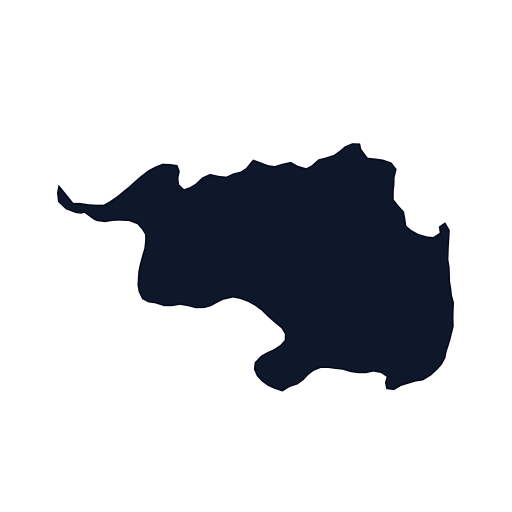 VI-1 East Berbice/W.Canje, East Berbice-Corentyne, Guyana (Robinson projection), rotated 280°
{"feature_id": "73187651B47242148474539", "entity_name": "VI-1 East Berbice/W.Canje", "entity_type": "district", "adm_level": 2, "iso_a3": "GUY", "parent_name": "Guyana", "parent_adm1": "East Berbice-Corentyne", "projection": "robinson", "projection_center": [-57.533, 6.069], "detail": "fine", "context": "isolated", "style": "filled", "palette": "ink", "viewbox_px": 512, "rotation_deg": 280, "n_neighbors": 0, "source": "geoboundaries", "source_scale": "gbopen_adm2", "svg_char_len": 2161}
<svg xmlns="http://www.w3.org/2000/svg" viewBox="0 0 512 512"><g transform="rotate(280 256 256)"><path d="M215.3,461.8L221.1,462.2L229.1,460.5L237.1,459.3L244.2,458.4L250.9,455.2L257.7,453.2L264.6,450.8L270.9,449.5L278.4,447.9L285.9,445.3L297.6,443.7L314.7,441.7L321.0,436.4L316.5,431.8L310.5,433.7L304.8,427.6L304.2,420.9L305.3,411.7L307.8,404.2L311.4,398.2L318.7,395.8L324.9,393.5L329.5,387.5L335.2,381.1L343.6,379.7L350.5,379.2L357.5,378.1L365.6,378.7L371.0,372.7L372.3,363.9L372.0,356.4L371.4,348.7L376.8,343.0L379.2,340.5L384.1,338.5L383.1,331.6L379.1,325.2L373.6,320.6L368.5,315.6L364.2,307.3L361.4,301.1L354.4,295.6L350.4,290.5L351.4,281.3L354.0,274.0L350.5,265.6L347.1,259.2L346.8,252.4L348.1,245.5L349.7,236.7L340.2,231.4L335.9,226.7L332.7,219.6L328.3,213.3L327.7,205.3L328.1,196.7L323.5,189.9L316.1,184.4L311.8,179.5L308.4,173.5L312.9,167.0L319.4,165.3L326.0,165.5L331.2,162.4L330.9,155.3L330.0,148.3L326.1,141.9L321.1,135.5L314.1,129.1L307.1,123.4L301.9,119.5L297.2,115.3L290.9,110.0L283.9,102.9L279.4,97.4L278.1,90.3L277.2,82.4L277.0,73.6L275.8,66.6L290.4,49.9L283.5,49.8L275.3,52.4L269.7,60.8L267.7,71.3L268.0,76.3L269.6,79.3L264.1,90.6L263.5,93.6L263.8,101.1L266.4,108.6L267.8,115.1L269.1,124.9L267.4,133.9L263.0,139.5L258.1,143.8L252.1,144.9L244.0,145.4L237.3,144.6L228.5,143.8L220.6,143.5L214.1,144.2L207.1,145.0L200.9,147.2L194.4,151.8L192.4,158.2L192.6,165.1L191.4,174.3L192.7,181.8L195.4,189.3L195.5,197.7L194.9,205.6L196.3,213.5L199.2,219.7L203.4,225.0L207.8,230.8L211.8,240.4L211.7,247.9L210.2,256.1L207.4,264.3L203.8,271.5L199.1,278.2L194.8,285.3L189.7,294.2L184.5,298.7L177.9,299.6L172.2,296.0L166.7,290.2L162.6,284.1L158.1,278.7L150.8,273.9L144.3,274.3L138.4,278.2L134.0,284.1L130.9,290.5L129.2,297.2L127.9,305.3L133.6,311.7L137.3,318.7L142.3,323.6L148.0,327.3L153.4,332.1L157.7,339.0L159.0,346.5L159.3,353.8L159.8,361.0L158.8,369.6L159.1,377.1L160.4,384.4L163.3,391.7L163.2,399.6L160.1,406.5L154.0,405.7L148.3,407.9L148.6,414.9L153.8,420.9L157.5,428.2L160.9,435.0L163.1,441.6L169.4,448.7L175.9,453.6L181.6,457.2L188.6,459.5L194.8,459.6L201.6,460.6L207.8,461.3L215.3,461.8Z" fill="#0f172a" stroke="#020617" stroke-width="1.5"/></g></svg>